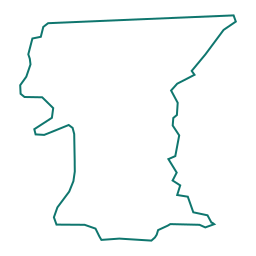 the district of East Baton Rouge, Louisiana, United States of America
{"feature_id": "52423323B9154242656865", "entity_name": "East Baton Rouge", "entity_type": "district", "adm_level": 2, "iso_a3": "USA", "parent_name": "United States of America", "parent_adm1": "Louisiana", "projection": "natural_earth1", "projection_center": [-91.099, 30.518], "detail": "fine", "context": "isolated", "style": "outline", "palette": "teal", "viewbox_px": 256, "rotation_deg": 0, "n_neighbors": 0, "source": "geoboundaries", "source_scale": "gbopen_adm2", "svg_char_len": 900}
<svg xmlns="http://www.w3.org/2000/svg" viewBox="0 0 256 256"><path d="M28.3,54.3L29.8,58.8L30.5,64.4L26.3,76.7L20.2,85.2L20.6,93.8L24.5,97.0L42.2,97.3L53.2,108.1L51.9,117.8L34.3,129.2L35.6,134.4L44.2,134.9L56.4,130.0L68.7,125.0L72.6,127.9L74.2,134.0L74.7,161.4L74.7,164.2L74.8,171.5L73.4,181.2L69.2,191.6L57.4,207.4L53.9,217.3L56.5,224.6L84.6,224.8L95.5,228.6L99.4,236.5L101.4,239.9L119.3,238.6L151.4,240.6L154.9,237.5L156.7,234.7L158.1,230.1L167.8,225.6L170.3,224.1L199.5,224.8L205.3,227.4L214.2,224.2L212.4,222.8L211.5,222.7L207.5,215.3L193.3,212.3L187.8,196.7L177.2,195.0L180.2,185.4L172.6,180.5L176.7,172.6L168.4,159.1L175.3,156.1L179.2,135.4L172.7,125.5L173.3,118.0L176.9,115.0L177.7,102.8L171.1,90.5L177.2,83.7L194.5,74.8L191.7,70.9L205.4,54.4L223.6,29.9L235.8,21.6L233.6,15.4L140.1,19.3L48.1,23.2L43.3,26.9L40.8,36.8L32.4,38.5L28.3,54.3Z" fill="none" stroke="#0f766e" stroke-width="2"/></svg>